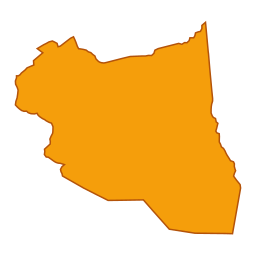 outline of Cariré, Ceará, Brazil
{"feature_id": "56859067B46733430176329", "entity_name": "Cariré", "entity_type": "district", "adm_level": 2, "iso_a3": "BRA", "parent_name": "Brazil", "parent_adm1": "Ceará", "projection": "natural_earth1", "projection_center": [-40.549, -3.949], "detail": "fine", "context": "isolated", "style": "filled", "palette": "amber", "viewbox_px": 256, "rotation_deg": 0, "n_neighbors": 0, "source": "geoboundaries", "source_scale": "gbopen_adm2", "svg_char_len": 1960}
<svg xmlns="http://www.w3.org/2000/svg" viewBox="0 0 256 256"><path d="M240.6,188.0L240.1,184.6L238.5,182.6L236.6,180.3L235.0,178.1L233.6,176.1L234.4,173.4L235.6,170.7L234.8,168.4L234.3,166.3L234.4,163.8L233.5,161.8L230.5,160.7L228.8,157.9L227.0,155.1L225.9,153.0L225.1,151.1L223.5,148.4L221.4,146.9L220.5,144.2L219.3,142.0L219.3,139.8L219.4,136.5L219.2,133.7L216.9,132.9L215.8,131.1L216.5,128.9L217.3,125.6L217.9,123.3L216.2,121.9L215.5,118.5L213.4,117.5L212.2,115.8L211.1,113.0L211.1,109.4L211.3,106.4L211.7,104.0L212.6,101.0L212.6,98.4L211.7,89.7L209.7,68.1L208.5,53.8L208.2,51.6L206.0,27.6L205.5,22.3L201.9,25.4L201.9,28.6L200.4,31.4L198.1,31.9L195.5,32.9L194.9,35.7L193.7,37.8L189.9,37.8L189.2,40.6L187.0,42.7L184.5,42.6L181.9,44.3L178.7,43.4L158.2,48.6L154.9,50.2L153.9,53.4L151.6,55.5L148.4,55.4L145.6,56.0L142.5,56.0L130.2,56.5L122.7,58.3L106.7,62.4L104.0,63.0L101.4,62.7L99.5,62.1L98.0,61.0L95.9,58.8L94.9,56.0L92.7,54.4L90.8,52.6L88.3,51.8L86.2,50.1L83.3,49.4L81.0,49.0L78.6,48.7L77.3,46.2L76.0,42.5L74.8,39.6L73.5,36.8L70.6,38.2L66.8,41.1L63.7,43.5L60.2,46.2L58.0,46.7L57.1,43.4L54.3,41.9L52.4,41.0L49.0,41.9L45.8,43.7L43.9,44.6L41.7,45.9L37.2,48.6L42.8,52.8L33.5,60.7L33.8,65.0L27.1,67.8L25.2,69.9L23.4,71.4L21.3,73.1L20.1,74.7L18.4,75.8L16.5,75.8L16.5,77.9L15.4,81.0L15.6,84.2L17.2,87.4L18.1,90.1L17.7,93.9L17.1,97.9L15.9,101.4L15.4,104.9L17.4,107.1L19.4,108.9L21.6,110.5L24.0,111.3L26.6,111.2L28.2,112.7L31.0,113.7L34.3,113.9L37.1,113.3L38.1,115.2L39.6,116.6L42.5,118.6L44.6,119.6L46.2,120.8L49.0,122.3L51.5,123.2L53.0,126.7L52.9,131.3L52.6,133.4L51.1,136.2L49.9,139.1L50.3,141.4L50.2,144.0L44.5,149.2L44.8,151.6L44.4,154.5L46.2,157.0L48.3,157.2L54.5,161.6L56.2,162.5L58.1,163.1L60.3,163.3L64.4,164.6L61.9,166.8L60.5,169.4L61.0,171.7L62.0,173.6L62.5,176.0L83.9,188.2L97.1,194.9L108.1,200.4L117.2,200.3L143.4,199.9L153.2,211.1L169.3,229.2L195.0,233.2L225.1,233.5L232.5,233.7L240.6,188.0Z" fill="#f59e0b" stroke="#b45309" stroke-width="1.5"/></svg>